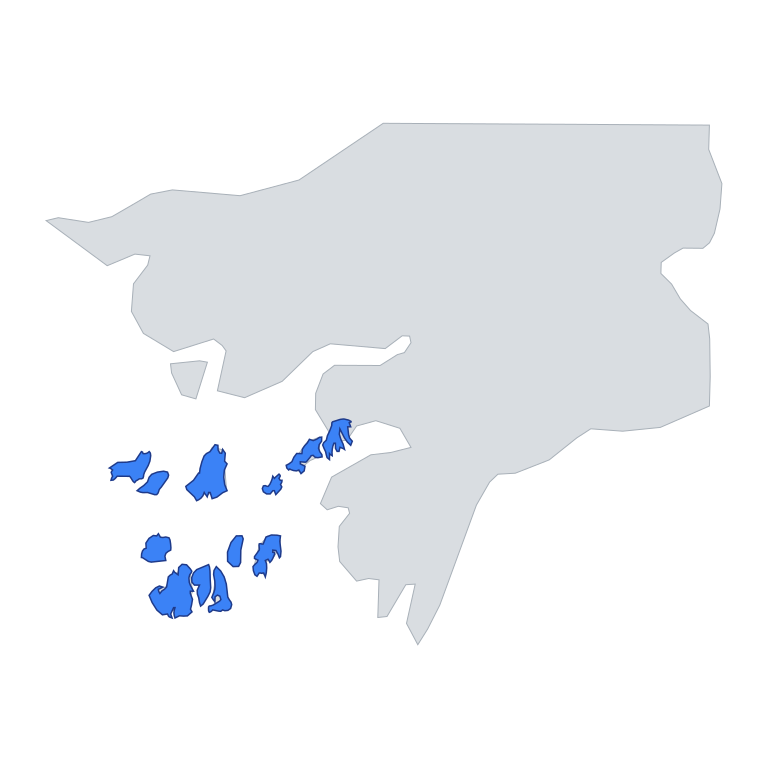 location of Bolama within Guinea-Bissau
{"feature_id": "GNB-770", "entity_name": "Bolama", "entity_type": "Region", "adm_level": 1, "iso_a3": "GNB", "parent_name": "Guinea-Bissau", "parent_adm1": "", "projection": "equal_earth", "projection_center": [-15.897, 11.361], "detail": "fine", "context": "in_parent", "style": "filled", "palette": "blue", "viewbox_px": 768, "rotation_deg": 0, "n_neighbors": 0, "source": "natural_earth", "source_scale": "10m", "svg_char_len": 7179}
<svg xmlns="http://www.w3.org/2000/svg" viewBox="0 0 768 768"><path d="M46.1,220.6L58.3,217.7L88.5,222.4L111.8,216.7L128.3,207.2L150.7,194.1L172.4,189.9L240.1,195.7L299.0,180.0L342.8,150.5L383.2,123.3L435.6,123.6L491.7,123.9L571.5,124.3L634.7,124.7L709.4,125.1L708.7,149.4L721.9,183.6L720.0,209.0L714.4,233.2L709.5,242.8L702.9,248.3L683.0,248.1L674.5,252.9L661.2,262.4L660.9,273.5L671.6,284.1L680.3,298.9L690.5,310.5L708.0,324.0L709.7,338.9L710.2,376.6L709.4,406.0L660.3,427.4L622.7,431.2L590.8,428.8L576.9,437.8L549.2,459.9L515.3,473.2L497.9,474.2L489.6,482.1L476.4,505.1L439.8,605.1L427.6,629.1L417.8,644.7L406.5,623.4L415.2,584.1L405.8,584.7L387.0,616.5L377.8,617.5L379.0,579.8L368.6,578.5L356.6,581.1L339.7,561.5L338.0,546.9L339.3,526.4L349.6,513.3L348.2,507.8L338.3,506.3L327.2,509.8L320.4,503.6L331.6,477.1L370.9,454.8L390.7,452.5L411.0,447.4L399.9,428.3L375.8,420.7L356.6,426.0L347.1,439.9L335.2,442.2L315.4,409.6L315.7,393.3L323.1,374.0L334.5,365.3L380.1,365.5L397.4,354.6L404.4,352.6L411.0,342.7L409.6,336.1L402.2,335.8L385.2,348.6L330.3,343.8L312.8,351.6L282.2,381.3L244.6,397.7L217.4,390.8L226.1,350.9L222.2,345.5L213.6,339.0L173.6,351.6L143.4,333.4L131.4,311.4L133.5,283.8L147.7,265.1L150.0,255.8L134.9,254.1L107.2,265.7L46.1,220.6ZM178.9,608.9L161.0,613.4L152.9,598.5L151.7,592.7L161.0,587.7L165.2,587.5L172.3,576.7L181.0,569.4L184.9,567.1L189.4,567.6L192.6,591.5L188.3,601.5L178.9,608.9ZM226.3,487.0L215.8,496.4L205.0,492.0L199.2,483.6L200.1,468.5L212.3,447.3L223.3,450.0L226.3,487.0ZM207.4,362.2L195.9,398.9L181.6,394.8L171.6,373.0L170.5,363.8L199.6,360.8L207.4,362.2ZM265.7,562.1L265.7,574.4L256.2,572.0L253.5,568.4L259.1,546.1L267.4,536.2L277.5,537.8L280.6,540.8L278.6,549.4L274.1,556.4L265.7,562.1ZM303.9,465.6L301.8,472.6L289.2,466.7L307.7,441.5L319.7,437.1L319.3,456.5L310.0,460.6L303.9,465.6ZM227.6,602.0L225.5,610.3L212.4,609.0L215.4,600.6L212.5,598.1L216.3,572.8L218.3,568.9L224.7,578.3L225.5,582.2L227.6,602.0Z" fill="#d9dde1" stroke="#a8b0b8" stroke-width="1"/><path d="M193.5,591.2L190.3,591.2L190.3,593.5L192.5,599.3L191.6,604.7L190.5,609.2L192.0,611.9L187.4,615.9L183.5,616.1L179.5,615.8L175.0,618.0L174.2,615.4L173.9,613.0L174.2,610.5L175.0,607.6L173.6,607.6L170.7,614.0L172.1,618.0L169.3,616.9L168.5,616.1L167.5,614.0L162.4,614.8L156.9,610.1L152.1,602.5L149.1,595.3L152.0,591.4L155.7,587.8L159.4,586.0L162.8,587.1L159.7,588.8L158.3,589.2L158.5,590.5L158.8,591.4L159.2,592.3L159.9,593.5L161.9,590.9L164.4,589.3L166.6,587.0L168.3,576.9L170.2,575.1L172.2,574.0L173.6,570.7L174.7,572.3L178.1,574.8L178.7,567.5L182.1,564.3L186.6,564.8L190.3,568.9L191.8,571.2L191.1,572.9L189.7,574.8L188.9,577.9L189.3,582.4L190.3,585.1L193.5,591.2ZM199.5,473.1L200.2,468.1L201.9,461.7L204.1,456.0L206.4,453.6L210.0,451.7L215.0,444.7L217.9,445.3L218.1,450.0L219.8,453.1L221.7,453.3L222.6,449.4L225.3,453.2L224.6,461.2L227.1,463.9L224.4,469.9L223.7,477.2L224.7,484.6L227.1,490.7L222.7,492.7L216.9,497.1L212.1,498.7L210.2,492.5L208.6,492.5L208.3,494.0L207.6,495.4L207.2,496.8L206.5,495.7L204.9,493.7L204.2,492.5L202.9,495.8L200.9,498.2L198.6,499.8L196.6,500.7L194.4,496.8L186.8,489.6L185.8,486.4L193.5,480.3L198.6,473.0L199.5,473.1ZM143.0,478.1L141.6,478.8L139.4,478.8L137.1,480.3L136.1,480.7L135.3,481.9L134.5,482.6L133.1,481.4L130.3,477.0L129.4,476.2L128.9,476.3L117.2,476.2L115.2,478.5L113.4,480.0L111.0,480.3L111.6,478.2L112.6,476.2L111.2,472.4L111.5,471.6L112.6,470.0L110.4,468.3L109.4,468.0L117.7,462.4L126.9,462.2L135.4,460.7L141.4,451.6L142.4,452.0L142.6,452.2L142.6,452.6L143.1,453.6L144.7,453.7L146.4,453.4L147.9,452.7L149.2,451.6L150.0,452.5L150.4,453.4L150.7,455.7L149.9,461.1L148.2,465.5L144.6,472.1L143.7,474.7L143.5,476.5L143.0,478.1ZM280.5,535.9L279.8,541.3L281.0,551.2L280.5,556.6L279.4,557.8L278.1,554.4L276.0,550.5L272.8,550.1L272.8,552.3L274.5,552.3L274.5,554.4L272.8,558.4L271.6,560.5L269.9,562.4L268.6,560.0L268.0,559.2L265.3,560.5L266.5,563.7L266.7,568.0L266.3,572.7L265.3,576.9L264.8,575.6L264.1,574.2L263.7,573.0L262.3,573.1L261.8,573.3L261.4,573.3L260.6,573.0L259.2,573.0L257.0,576.3L254.9,574.8L253.4,570.7L253.0,566.6L254.6,564.7L257.1,562.4L258.0,560.2L254.5,558.5L254.5,556.6L259.2,550.1L259.4,548.8L259.0,545.2L259.2,543.9L260.3,543.6L261.8,544.0L263.1,544.1L263.6,543.0L266.0,537.0L271.4,535.0L277.1,535.2L280.5,535.9ZM351.1,421.9L349.2,422.7L350.7,426.8L347.7,426.8L348.6,434.7L349.6,438.1L352.3,441.2L350.7,445.3L347.4,442.1L344.4,437.8L339.9,428.9L339.3,434.2L340.8,439.2L343.1,444.1L344.5,449.4L343.5,448.7L340.0,447.3L339.0,451.4L337.1,451.4L335.5,448.4L335.4,443.2L333.9,443.2L332.9,446.0L332.3,449.0L332.0,452.3L332.2,455.7L330.2,454.4L329.5,453.6L329.5,459.6L327.1,457.6L326.3,454.9L325.6,451.7L324.0,448.3L322.7,445.0L323.7,442.7L326.3,440.2L327.4,435.7L329.6,431.1L331.7,425.6L331.9,422.7L332.0,422.6L332.6,421.8L340.2,419.4L343.3,419.0L344.5,419.1L348.6,420.1L351.0,421.4L351.1,421.9ZM165.8,560.5L151.2,562.1L148.3,561.4L142.4,557.6L141.4,557.5L141.6,553.9L142.5,551.0L144.0,549.0L146.2,548.2L145.9,543.1L149.0,538.4L153.3,535.5L156.7,535.9L158.4,533.7L160.4,537.2L162.9,537.5L165.8,537.0L169.0,537.8L170.0,540.0L170.6,543.9L170.9,547.8L170.7,550.1L168.0,551.5L165.9,553.3L164.9,556.2L165.8,560.5ZM216.3,566.6L220.7,571.0L224.1,576.8L226.3,584.0L227.8,597.1L229.4,599.9L231.0,602.1L231.7,604.6L230.6,608.5L227.9,610.4L224.8,610.7L222.6,609.9L220.8,611.3L218.5,611.1L212.6,609.9L212.1,610.6L210.7,611.8L209.3,612.3L208.6,610.9L208.5,608.4L208.6,606.9L209.3,606.0L211.0,605.8L213.3,605.0L219.6,601.1L220.9,599.6L219.9,596.2L217.4,595.1L215.1,596.8L214.8,601.7L213.2,599.6L211.8,597.4L213.7,592.9L214.8,589.4L215.0,585.8L214.8,581.2L213.6,574.4L214.0,570.5L216.3,566.6ZM321.7,437.1L321.6,441.2L319.2,444.6L318.5,448.3L319.8,451.7L321.9,454.7L322.1,456.9L317.8,457.7L315.0,457.2L313.1,455.3L311.1,455.7L310.7,456.5L306.4,461.8L305.3,462.2L300.3,461.8L300.3,463.9L305.0,466.2L304.2,470.9L301.0,473.6L298.9,470.0L296.4,470.9L293.4,470.5L290.8,469.6L289.8,469.0L288.7,470.0L286.8,468.0L286.2,465.3L288.9,463.9L291.9,461.7L293.9,457.2L296.7,453.5L301.9,453.6L302.4,449.1L304.6,445.8L307.4,442.8L309.4,439.3L313.2,440.6L316.5,439.3L319.4,437.4L321.7,437.1ZM210.2,578.9L210.7,587.8L210.1,591.9L207.9,596.3L203.2,604.0L200.6,606.1L199.5,602.6L198.7,597.8L197.4,594.1L197.2,590.3L199.5,585.1L194.4,585.1L191.9,582.1L191.7,577.7L193.5,573.0L196.7,569.6L208.6,564.6L209.5,567.1L210.0,571.1L210.2,578.9ZM147.6,492.5L142.9,492.6L140.3,492.1L137.1,490.7L139.8,488.3L143.8,485.5L147.5,481.9L149.1,477.3L151.7,474.3L157.4,472.1L163.6,471.2L167.5,472.1L168.6,475.1L167.8,477.9L161.2,487.2L159.9,488.6L159.1,489.9L158.6,491.6L157.9,493.3L156.7,494.6L154.8,494.7L147.6,492.5ZM236.3,535.9L242.0,535.8L243.2,538.9L240.8,550.1L240.6,562.5L238.6,566.4L233.1,566.6L227.6,561.3L227.5,552.1L231.0,542.5L236.3,535.9ZM279.0,478.4L279.5,479.1L279.9,479.9L280.6,480.4L282.0,480.3L281.9,481.7L281.6,482.6L280.5,484.5L281.8,486.9L280.7,489.3L275.8,494.6L274.7,491.8L274.4,490.7L272.8,490.7L270.2,493.9L266.6,493.9L263.4,491.8L262.3,488.6L263.4,485.9L265.2,485.6L267.0,486.3L268.2,486.4L269.9,484.2L271.1,481.7L272.1,479.1L272.8,476.2L274.4,478.4L275.6,477.1L279.0,474.1L280.1,475.3L280.2,476.2L279.0,478.4Z" fill="#3b82f6" stroke="#1e3a8a" stroke-width="1.5"/></svg>